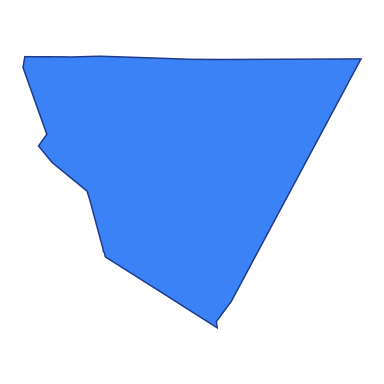 Cabarrus, North Carolina, United States of America (orthographic projection)
{"feature_id": "52423323B48956333130626", "entity_name": "Cabarrus", "entity_type": "district", "adm_level": 2, "iso_a3": "USA", "parent_name": "United States of America", "parent_adm1": "North Carolina", "projection": "orthographic", "projection_center": [-80.633, 35.346], "detail": "fine", "context": "isolated", "style": "filled", "palette": "blue", "viewbox_px": 384, "rotation_deg": 0, "n_neighbors": 0, "source": "geoboundaries", "source_scale": "gbopen_adm2", "svg_char_len": 549}
<svg xmlns="http://www.w3.org/2000/svg" viewBox="0 0 384 384"><path d="M361.0,58.9L222.4,59.5L189.7,59.3L145.2,57.7L138.8,57.5L99.6,56.2L71.4,57.0L59.3,56.8L57.1,56.8L56.9,56.8L24.8,56.7L23.0,67.5L46.8,134.3L38.5,146.0L52.1,162.5L87.1,191.2L89.5,199.0L90.0,200.7L94.5,217.4L101.6,243.7L103.1,249.1L103.2,250.9L103.3,251.3L103.5,251.5L103.9,252.1L104.3,252.5L104.8,254.2L105.2,256.5L105.3,256.9L151.8,286.3L181.6,305.2L185.9,308.0L186.2,308.2L217.2,327.8L216.4,321.5L231.4,301.2L361.0,58.9Z" fill="#3b82f6" stroke="#1e3a8a" stroke-width="1.5"/></svg>